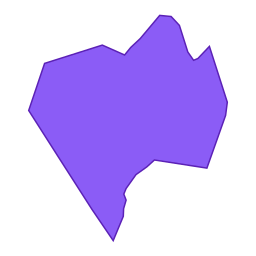 the border of Sveti Jurij
{"feature_id": "SVN-1048", "entity_name": "Sveti Jurij", "entity_type": "Municipality", "adm_level": 1, "iso_a3": "SVN", "parent_name": "Slovenia", "parent_adm1": "", "projection": "albers", "projection_center": [16.036, 46.559], "detail": "fine", "context": "isolated", "style": "filled", "palette": "violet", "viewbox_px": 256, "rotation_deg": 0, "n_neighbors": 0, "source": "natural_earth", "source_scale": "10m", "svg_char_len": 450}
<svg xmlns="http://www.w3.org/2000/svg" viewBox="0 0 256 256"><path d="M44.6,63.4L102.3,45.1L124.6,55.0L130.7,47.5L140.3,38.5L159.7,15.4L171.1,16.5L179.4,25.4L187.8,52.0L193.6,60.3L197.9,58.5L209.4,46.4L227.3,102.2L225.6,115.4L206.9,168.1L154.4,160.0L146.8,166.9L136.0,174.6L126.1,188.5L123.8,194.1L126.1,200.1L123.6,208.7L123.3,216.3L113.2,240.6L92.1,209.6L58.2,156.7L28.7,110.5L44.6,63.4Z" fill="#8b5cf6" stroke="#5b21b6" stroke-width="1.5"/></svg>